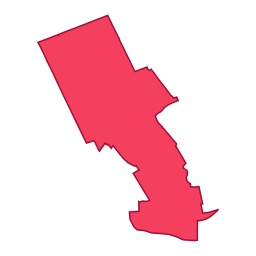 Jegalia, Calarasi, Romania (Robinson projection)
{"feature_id": "2599482B22085974272415", "entity_name": "Jegalia", "entity_type": "district", "adm_level": 2, "iso_a3": "ROU", "parent_name": "Romania", "parent_adm1": "Calarasi", "projection": "robinson", "projection_center": [27.655, 44.292], "detail": "fine", "context": "isolated", "style": "filled", "palette": "rose", "viewbox_px": 256, "rotation_deg": 0, "n_neighbors": 0, "source": "geoboundaries", "source_scale": "gbopen_adm2", "svg_char_len": 5276}
<svg xmlns="http://www.w3.org/2000/svg" viewBox="0 0 256 256"><path d="M197.3,240.3L197.3,231.0L197.3,228.7L197.4,224.5L197.5,222.5L197.5,220.9L200.3,220.6L201.3,220.4L203.4,219.9L205.4,219.2L206.5,218.7L207.8,218.1L209.1,217.4L210.4,216.5L211.2,216.0L212.2,215.2L214.7,213.0L215.8,212.0L217.1,210.9L217.7,210.4L217.7,210.1L217.9,209.9L218.0,209.7L217.9,209.5L217.5,209.8L215.5,210.4L213.1,211.1L211.1,211.7L209.9,212.1L209.0,212.3L207.7,212.5L206.0,212.7L204.8,212.9L203.7,213.1L202.7,213.3L202.7,213.2L202.3,210.9L202.0,209.5L201.4,206.5L201.0,204.7L200.9,204.1L202.7,203.9L201.9,200.4L199.5,189.3L198.9,186.5L196.4,186.9L195.1,187.1L194.7,187.1L191.8,186.9L190.3,186.8L190.2,186.6L190.1,186.4L190.2,186.2L190.4,185.9L190.7,185.1L190.6,184.4L190.3,183.6L188.9,182.7L188.0,182.2L187.3,181.3L186.8,179.8L186.4,178.8L186.2,177.7L187.1,175.4L187.4,174.2L187.5,171.5L186.7,170.3L186.1,169.9L184.4,168.8L183.2,167.4L183.0,166.8L184.3,165.0L185.9,163.2L184.7,161.3L183.7,159.6L183.2,158.7L182.8,158.0L181.4,155.6L180.9,154.9L180.8,154.6L180.7,154.5L180.2,153.6L178.9,151.3L177.6,149.1L177.1,148.3L176.6,147.5L176.2,147.1L175.9,146.5L175.8,146.4L175.6,146.4L175.7,146.2L176.3,144.8L176.6,144.1L176.5,143.8L176.3,143.6L175.6,142.7L175.4,142.5L174.9,141.9L174.0,140.9L173.9,140.8L173.7,140.5L172.0,138.5L171.2,137.5L170.8,137.0L169.2,135.1L168.0,133.7L167.3,132.9L166.2,131.6L165.2,130.5L164.4,129.4L163.7,128.7L162.9,127.9L162.5,127.7L162.3,127.5L162.2,127.7L162.0,127.4L162.1,127.1L162.0,126.9L161.9,126.7L162.0,126.5L161.6,126.3L160.3,124.8L157.9,122.1L157.6,121.7L157.4,121.3L156.8,119.8L155.5,116.6L155.3,116.0L155.5,115.7L156.0,115.3L156.5,114.5L156.9,114.2L157.0,114.1L157.7,113.5L159.4,112.5L160.6,111.8L161.1,111.5L161.4,111.3L161.8,110.7L162.5,109.8L162.8,109.4L164.2,108.0L164.9,107.2L165.8,106.5L166.6,105.9L168.5,104.8L169.2,104.4L169.4,104.2L171.5,103.3L172.1,102.9L173.0,102.6L174.4,102.0L175.7,101.5L177.0,101.0L178.2,100.7L178.0,100.1L177.6,99.2L176.7,97.1L176.3,97.2L174.0,97.9L173.6,98.0L173.3,97.9L173.0,97.6L172.9,97.3L172.8,97.1L172.7,96.8L172.4,96.5L171.5,95.7L170.7,95.1L170.3,94.7L169.9,94.1L169.3,93.3L168.6,92.4L167.9,91.4L166.2,89.1L165.5,88.2L164.4,86.8L163.6,85.8L163.1,85.1L162.7,84.6L161.4,83.0L160.7,82.1L159.5,80.5L158.5,79.2L157.4,77.6L156.1,75.9L155.4,74.9L154.6,73.8L153.5,72.3L152.7,71.3L152.0,70.4L151.3,69.5L151.3,69.4L149.0,70.4L148.4,69.8L148.0,69.1L147.7,68.7L147.4,68.2L147.3,67.9L147.2,67.6L147.1,67.1L145.0,67.8L140.6,69.4L137.7,70.5L135.7,71.3L134.9,71.5L134.7,71.1L134.5,70.7L133.7,69.1L133.0,67.7L132.6,66.8L132.4,66.4L132.3,66.2L132.0,65.6L131.4,64.3L130.8,63.2L130.3,62.0L129.5,60.4L129.0,59.4L128.2,57.8L127.3,55.9L126.3,53.8L126.0,53.3L125.3,51.9L124.5,50.2L123.9,48.9L123.3,47.7L122.6,46.1L121.8,44.6L121.6,44.2L121.3,43.6L121.1,43.1L120.6,42.3L120.3,41.6L119.7,40.2L119.4,39.4L119.3,39.1L118.9,38.0L118.2,36.9L117.6,35.6L117.1,34.6L116.6,33.5L115.8,31.9L115.3,31.0L115.1,30.5L114.6,29.6L113.5,27.4L112.6,25.6L112.2,24.8L111.5,23.3L111.2,22.6L110.7,21.5L110.3,20.8L109.7,19.6L109.2,18.4L108.9,17.9L108.5,17.0L108.1,16.3L107.7,15.4L106.9,15.7L104.5,16.6L102.2,17.6L100.0,18.4L98.6,18.9L97.6,19.3L96.5,19.7L94.6,20.4L92.7,21.2L90.9,21.9L89.2,22.6L88.6,22.8L86.9,23.5L86.1,23.8L85.2,24.2L84.4,24.5L83.6,24.8L81.6,25.6L80.5,26.0L79.0,26.5L77.5,27.1L74.7,28.2L72.1,29.2L71.7,29.3L70.7,29.7L69.0,30.3L65.2,31.8L64.4,32.1L62.3,33.0L61.4,33.3L59.1,34.2L58.0,34.6L58.2,35.0L57.9,34.8L57.1,35.1L55.3,35.7L53.3,36.5L50.0,37.8L49.4,38.0L48.6,38.4L47.2,38.9L46.8,39.1L45.7,39.5L44.0,40.1L42.1,40.8L40.0,41.6L38.0,42.4L39.3,44.9L41.9,50.0L43.2,52.5L45.1,56.8L47.0,61.0L50.1,67.3L53.2,73.6L61.8,92.1L70.7,110.5L73.0,115.3L75.3,120.2L77.1,123.7L78.8,127.3L80.1,130.0L81.4,132.8L82.6,135.1L83.7,137.5L85.1,140.3L86.5,143.1L90.3,141.9L94.1,140.7L94.2,140.8L94.6,141.7L95.4,143.2L96.1,144.8L96.8,146.2L97.7,147.9L98.2,148.9L98.8,150.3L99.1,150.9L99.5,151.2L100.9,149.1L102.4,147.0L103.7,145.2L104.3,144.3L105.0,143.2L105.8,143.7L105.5,143.9L105.8,144.1L107.2,144.9L107.6,144.3L108.3,144.9L108.7,145.2L109.0,145.5L109.3,145.9L109.9,146.6L110.6,147.5L111.2,148.3L111.4,147.9L111.6,147.7L111.8,147.5L112.0,147.2L112.4,146.6L113.0,145.7L116.7,150.2L120.3,154.8L121.6,156.3L122.8,157.9L125.4,160.3L128.0,162.7L128.0,162.8L128.6,163.1L130.0,163.8L131.9,164.7L133.0,165.3L135.0,166.2L136.0,165.7L136.9,166.9L137.3,167.5L138.0,168.6L138.5,169.2L138.9,169.9L139.0,170.0L136.1,171.6L133.2,173.3L136.8,179.2L140.4,185.2L142.2,188.2L143.1,189.7L144.0,191.2L146.8,195.7L149.6,200.2L149.6,200.3L149.4,200.3L149.0,200.5L148.2,200.8L147.7,201.1L147.3,201.2L147.1,201.2L146.8,201.2L146.2,201.2L146.1,201.3L145.8,201.3L145.4,201.4L145.2,201.4L144.8,201.3L144.6,201.3L144.4,201.2L144.2,201.2L143.7,201.0L143.2,201.0L142.7,201.1L142.0,201.3L141.5,201.4L141.3,201.5L141.1,201.6L140.8,201.7L140.7,201.7L140.5,201.8L140.4,201.8L140.1,201.8L139.9,201.9L139.7,201.9L139.4,201.8L139.1,201.7L138.8,201.5L139.0,211.3L134.2,211.6L129.4,212.0L129.7,215.8L130.1,219.6L132.0,223.2L133.9,226.8L135.8,228.7L137.1,229.8L139.7,230.1L143.1,230.4L146.5,231.2L149.1,232.1L151.6,232.9L156.6,233.3L163.6,233.8L168.6,234.3L171.0,235.0L172.7,235.5L174.5,236.1L178.0,237.3L181.8,239.3L184.0,239.9L185.9,240.0L195.4,240.6L197.3,240.3Z" fill="#f43f5e" stroke="#9f1239" stroke-width="1.5"/></svg>